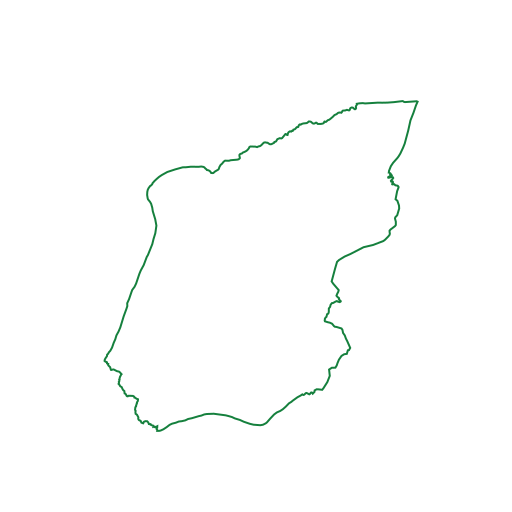 Phongsaly, Phôngsali, Laos (orthographic projection), rotated 198°
{"feature_id": "54806243B21239526980805", "entity_name": "Phongsaly", "entity_type": "district", "adm_level": 2, "iso_a3": "LAO", "parent_name": "Laos", "parent_adm1": "Phôngsali", "projection": "orthographic", "projection_center": [102.201, 21.831], "detail": "fine", "context": "isolated", "style": "outline", "palette": "green", "viewbox_px": 512, "rotation_deg": 198, "n_neighbors": 0, "source": "geoboundaries", "source_scale": "gbopen_adm2", "svg_char_len": 6047}
<svg xmlns="http://www.w3.org/2000/svg" viewBox="0 0 512 512"><g transform="rotate(198 256 256)"><path d="M150.0,452.7L151.1,452.8L152.3,452.3L161.9,448.4L162.8,448.3L163.8,448.6L164.5,448.6L172.5,444.9L178.4,442.5L183.3,440.8L187.5,439.5L199.4,434.8L201.7,434.4L204.7,433.2L207.2,431.9L206.8,431.1L207.3,429.2L206.5,427.5L206.7,426.6L207.1,426.2L207.6,426.1L209.6,427.0L210.7,426.9L211.7,426.1L212.0,425.6L212.0,423.9L212.5,423.2L214.7,423.1L216.1,422.0L218.3,421.1L218.7,420.4L218.8,419.2L219.1,418.6L220.5,418.5L221.0,418.1L221.8,417.8L222.3,417.3L223.2,415.8L224.9,414.3L225.9,412.2L227.7,409.3L228.5,408.2L229.7,407.3L230.8,405.3L231.3,405.0L232.3,405.1L232.5,404.9L232.7,403.3L233.4,402.6L235.2,401.6L237.8,400.8L238.2,400.7L239.5,401.4L240.1,401.4L241.3,400.1L242.2,399.7L243.1,399.7L245.1,400.6L246.0,400.6L247.3,400.3L248.4,398.5L249.0,398.0L251.9,396.7L253.1,395.9L254.1,394.7L254.8,394.8L255.2,394.5L255.7,393.5L255.7,391.8L256.2,391.4L256.8,391.3L257.2,390.8L257.9,389.1L258.3,388.5L259.5,387.7L259.6,386.5L259.9,386.2L260.4,386.2L261.1,385.1L261.9,385.2L262.2,385.1L263.0,384.2L263.4,383.4L263.5,382.7L263.4,380.8L263.8,380.7L265.1,381.2L265.7,381.1L267.6,376.2L268.3,375.6L269.8,375.4L271.8,373.7L272.3,371.3L272.8,370.7L273.7,370.2L273.8,369.2L275.7,367.3L276.3,366.9L277.4,366.6L278.4,366.8L280.0,367.3L281.2,367.0L282.0,367.0L283.3,366.5L284.0,365.5L285.2,363.0L286.1,361.8L287.6,360.9L288.6,359.9L290.5,359.8L295.2,358.4L295.9,357.7L296.1,356.2L296.6,354.8L297.5,353.1L299.1,351.4L300.4,350.4L301.1,349.1L302.5,348.2L303.0,347.1L302.7,346.1L301.6,344.2L301.7,343.7L302.4,342.6L303.7,341.8L309.6,339.3L311.2,338.2L314.9,337.1L315.9,335.7L316.8,333.3L317.8,331.7L318.3,329.3L318.3,327.3L318.6,326.5L321.1,323.7L322.2,321.8L322.7,321.5L324.3,321.1L325.3,322.0L326.5,322.6L327.8,322.8L329.3,322.6L330.0,323.2L331.1,323.5L332.4,324.3L333.4,324.5L335.7,324.2L338.1,323.1L345.5,320.8L350.2,318.7L353.1,317.7L359.6,313.4L366.3,308.5L370.6,303.9L372.7,301.2L374.2,298.7L375.7,296.0L376.9,293.2L376.9,292.1L377.8,290.4L378.3,289.9L379.1,287.5L379.4,285.6L379.2,283.4L378.4,280.4L376.8,277.3L376.2,276.5L373.6,274.8L371.9,273.3L369.6,269.9L368.0,266.7L363.2,259.8L360.1,254.1L358.8,246.5L358.7,240.5L358.3,235.2L359.1,223.5L359.6,221.3L360.0,212.6L361.1,206.7L361.4,203.1L361.5,192.8L362.0,189.1L363.2,185.6L363.3,183.6L363.4,175.7L363.9,171.3L362.9,168.6L362.9,165.8L363.2,157.7L363.0,146.1L363.4,141.6L364.2,137.4L364.1,133.3L364.5,129.5L364.6,124.4L365.3,120.8L366.2,118.9L366.4,117.4L367.1,116.2L366.8,114.7L367.5,112.4L367.8,110.8L367.6,109.4L366.3,108.9L365.3,109.1L364.8,108.7L364.5,107.8L363.7,107.6L363.2,107.7L363.0,106.8L362.6,106.3L360.4,105.2L358.8,102.9L358.4,102.9L356.9,103.9L356.2,104.1L352.6,103.5L350.6,103.7L349.9,103.5L347.4,102.1L347.7,101.6L347.7,100.6L348.0,99.2L347.9,97.2L347.6,96.5L347.9,96.1L347.3,95.0L347.6,93.9L347.0,92.9L347.2,91.9L345.8,91.1L344.9,90.2L343.2,89.8L342.0,88.4L340.7,87.3L340.2,87.2L339.5,86.9L338.5,84.7L337.7,84.6L337.2,84.4L335.8,83.0L335.3,82.8L334.6,82.9L334.2,83.6L332.3,84.2L329.8,84.9L328.7,84.7L328.3,84.5L327.9,83.8L327.4,83.9L325.3,83.3L324.0,83.3L323.8,82.8L323.6,81.5L324.0,79.9L323.7,79.2L323.9,78.4L323.7,77.7L323.9,76.9L323.6,76.0L324.0,74.9L323.5,72.3L322.6,71.5L322.5,70.4L321.7,68.7L320.2,68.3L318.3,66.5L318.0,66.1L317.7,64.8L317.3,64.3L316.6,63.8L315.8,63.6L315.2,63.7L314.7,63.5L313.5,62.1L311.6,62.0L311.5,62.4L311.5,63.4L311.1,64.0L310.0,64.8L308.4,65.2L307.0,64.4L306.0,63.1L304.4,63.5L304.2,63.0L302.5,62.8L301.1,62.9L300.7,62.6L300.7,62.0L300.3,62.3L300.0,62.2L299.7,61.9L299.5,62.0L298.0,62.9L297.3,63.6L296.9,62.1L297.5,61.4L297.2,60.8L296.1,60.0L295.9,59.5L295.9,59.2L294.2,59.7L292.8,60.5L290.5,62.6L288.1,65.6L286.0,68.7L284.0,70.6L280.7,72.7L278.3,74.7L275.5,76.0L272.5,77.8L270.2,80.0L266.9,81.9L260.8,86.1L258.7,87.3L256.3,89.3L254.0,90.5L247.5,92.9L235.6,95.1L232.5,95.3L229.1,95.4L225.9,95.0L220.6,95.1L216.4,94.6L210.0,94.5L206.2,94.8L199.6,96.4L197.2,97.7L195.0,99.9L194.2,101.1L192.3,105.6L189.8,110.9L187.8,113.7L185.1,116.1L183.1,118.6L181.1,122.0L179.1,126.1L177.3,128.2L176.4,129.7L172.9,134.5L170.5,137.0L169.2,138.7L168.6,138.5L167.9,138.5L167.3,139.0L166.3,140.9L165.8,141.3L165.0,141.3L162.6,140.9L162.0,141.6L161.6,143.0L161.0,143.4L160.5,143.4L159.5,142.6L158.4,144.8L158.7,146.3L157.1,148.0L155.3,148.5L151.7,149.2L151.0,151.1L149.2,158.1L148.8,164.8L151.4,170.6L149.3,173.2L146.0,174.3L145.4,176.9L145.4,179.3L145.1,183.0L143.8,187.4L141.8,189.8L139.4,191.0L139.5,194.7L138.5,195.2L138.0,197.7L142.8,203.1L145.0,205.3L147.0,207.9L149.4,209.7L151.0,212.5L152.3,213.5L157.5,213.4L159.2,213.1L160.1,213.4L162.7,215.1L165.2,215.4L167.2,215.2L170.3,215.2L170.8,216.0L170.9,217.0L171.1,217.6L170.8,219.0L170.2,219.9L170.4,222.6L169.8,223.1L169.5,223.7L169.4,224.5L169.6,225.7L170.5,228.6L169.8,230.6L170.0,232.5L169.3,234.6L168.1,235.2L166.2,237.3L165.2,238.1L163.9,237.9L162.1,238.0L161.4,238.9L161.4,239.2L163.5,240.3L164.0,240.8L163.9,241.4L164.2,241.7L166.0,242.3L167.2,243.1L167.1,245.1L166.7,247.4L166.8,249.1L174.0,253.5L176.2,255.2L176.9,268.5L177.1,275.5L175.7,278.0L171.5,282.9L166.9,287.0L156.4,297.6L148.0,302.7L139.5,309.6L138.3,311.3L136.2,315.5L135.5,317.4L135.6,318.6L136.4,320.2L136.8,321.4L136.2,322.8L133.0,327.4L132.6,328.7L133.6,331.8L135.4,334.6L135.5,335.8L134.3,338.4L134.5,345.4L135.6,348.2L138.6,352.2L140.8,353.1L141.8,361.3L141.6,365.3L141.8,365.8L142.3,366.0L142.7,366.5L143.3,366.6L145.3,366.3L146.7,367.0L147.1,366.9L148.1,366.3L148.6,366.3L148.9,367.9L148.5,368.3L148.6,368.7L149.0,369.0L150.5,368.6L150.9,369.1L150.5,370.3L150.0,370.9L150.0,371.7L149.6,372.6L150.0,373.1L151.6,373.0L153.9,371.4L154.5,371.4L154.6,371.7L154.6,372.0L154.3,372.3L153.6,372.3L153.5,373.2L153.3,373.5L151.9,374.0L151.7,374.4L151.7,374.6L152.2,374.9L152.7,375.4L153.7,375.1L153.8,375.2L153.9,376.1L155.2,376.5L155.5,376.4L155.8,378.1L155.5,383.1L154.4,387.0L151.9,392.7L151.2,394.7L150.4,398.0L149.6,404.4L149.3,408.8L150.0,422.3L151.0,432.7L150.5,440.8L150.4,448.6L150.0,452.7Z" fill="none" stroke="#15803d" stroke-width="2"/></g></svg>